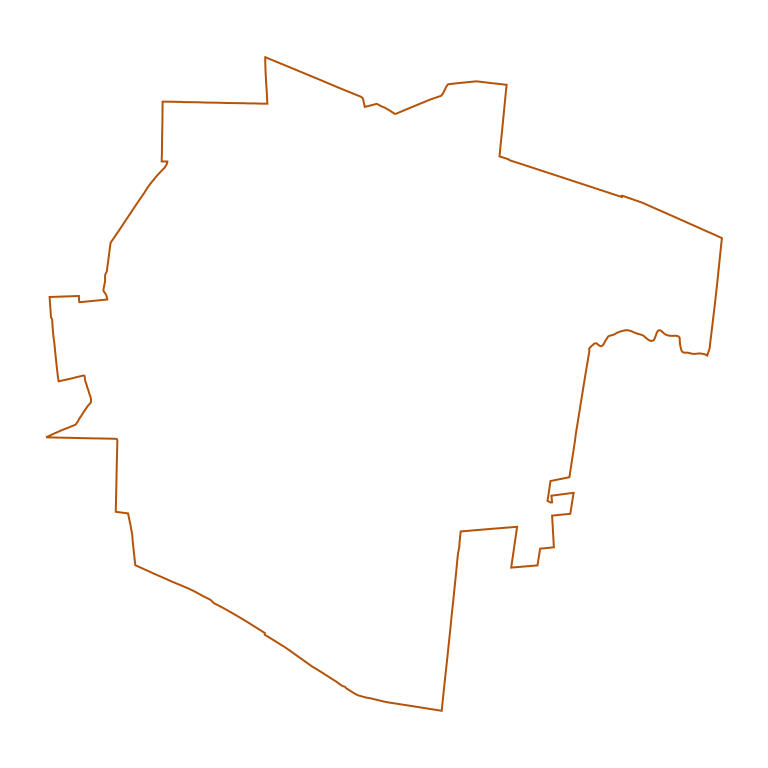 the district of Tataranu, Vrancea, Romania
{"feature_id": "2599482B94040911807777", "entity_name": "Tataranu", "entity_type": "district", "adm_level": 2, "iso_a3": "ROU", "parent_name": "Romania", "parent_adm1": "Vrancea", "projection": "orthographic", "projection_center": [27.309, 45.527], "detail": "fine", "context": "isolated", "style": "outline", "palette": "amber", "viewbox_px": 768, "rotation_deg": 0, "n_neighbors": 0, "source": "geoboundaries", "source_scale": "gbopen_adm2", "svg_char_len": 5929}
<svg xmlns="http://www.w3.org/2000/svg" viewBox="0 0 768 768"><path d="M443.5,693.4L445.2,676.9L446.0,670.1L447.6,655.1L448.3,648.3L450.5,627.4L451.6,616.0L453.3,600.1L456.1,572.8L457.4,559.3L458.1,552.5L458.5,551.4L458.9,548.5L459.3,547.0L459.3,545.8L459.5,543.0L460.1,536.8L460.7,531.5L462.6,531.3L492.0,528.8L517.1,526.8L511.2,567.6L537.5,565.4L540.1,548.7L553.9,547.3L552.1,515.6L570.3,513.8L573.6,492.8L551.4,495.7L552.1,502.4L550.7,502.5L547.5,500.9L548.1,497.2L550.4,481.6L550.5,481.0L569.4,477.2L574.8,441.9L575.8,434.0L578.6,416.8L583.1,388.8L585.2,375.9L589.1,352.7L589.4,350.9L589.1,348.7L591.5,346.0L592.9,344.9L593.9,343.9L595.1,343.3L596.2,343.3L596.8,343.5L597.4,344.0L597.9,344.6L598.6,345.1L599.4,345.6L600.2,346.1L601.1,346.1L601.7,346.0L602.7,345.3L603.3,344.6L603.9,343.7L604.7,342.2L605.1,341.2L606.2,339.4L607.0,338.5L607.7,337.1L608.3,336.4L609.4,335.9L610.9,335.4L613.0,334.9L614.3,334.4L616.0,333.4L616.7,332.9L618.0,332.4L620.6,331.4L623.2,330.7L625.6,330.3L627.0,330.2L628.1,330.3L629.2,330.6L630.2,330.8L631.6,331.3L634.9,332.8L637.2,333.6L639.0,334.1L640.9,334.6L642.2,335.1L643.3,335.7L644.5,336.5L646.2,338.1L647.2,339.0L648.2,339.6L649.4,340.3L650.1,340.7L651.3,340.9L652.7,340.7L653.5,340.4L654.4,339.1L655.2,337.1L656.0,335.0L656.9,332.5L657.9,330.9L658.6,330.4L659.7,330.2L660.4,330.5L661.2,330.9L661.9,331.5L663.5,332.9L664.5,333.9L665.0,334.2L666.2,334.8L667.3,335.2L669.1,335.7L670.7,335.8L671.6,335.8L672.5,335.8L673.5,335.8L674.4,335.8L675.0,335.7L676.4,335.8L677.5,336.1L678.3,336.4L678.8,336.7L679.2,337.2L679.6,337.9L679.7,338.5L679.9,343.2L680.2,345.1L680.6,347.3L681.4,350.3L681.8,351.0L682.2,351.6L682.7,352.1L683.4,352.5L683.9,352.6L684.5,352.7L685.7,352.7L687.5,352.7L689.1,352.9L690.1,353.2L691.3,353.6L692.2,353.8L693.3,353.9L694.1,353.9L695.8,353.9L696.8,353.7L698.4,353.5L699.5,353.4L700.5,353.5L701.9,353.7L703.6,354.0L704.6,354.2L705.2,354.5L706.0,354.8L706.5,355.1L707.1,355.6L707.6,354.5L709.8,347.7L709.8,346.5L712.6,323.1L715.0,303.1L717.3,282.3L717.9,276.6L719.8,258.0L721.9,238.1L716.9,235.8L705.8,230.9L669.7,214.8L666.1,213.2L665.7,213.0L654.9,208.3L652.6,207.3L642.6,202.8L622.7,195.9L621.8,195.8L621.8,197.0L601.1,190.2L580.4,183.4L520.3,163.7L509.4,160.2L508.6,159.3L499.5,156.4L500.9,142.1L501.1,140.2L502.0,131.5L506.0,90.6L506.4,87.3L506.6,84.8L503.7,84.5L497.2,83.7L490.9,83.1L487.3,82.6L481.3,81.9L480.2,81.7L476.6,81.4L475.1,81.4L473.7,81.6L467.4,82.2L461.4,82.8L451.2,83.9L448.5,84.2L447.8,84.5L447.2,85.3L446.3,86.7L445.6,88.1L445.1,89.2L443.6,92.2L441.9,95.0L441.1,95.7L440.4,96.1L438.7,96.6L430.4,99.5L419.6,103.9L414.3,106.1L406.1,109.5L395.6,113.9L395.2,113.9L394.8,113.9L389.0,110.1L384.6,107.6L381.3,106.3L380.2,105.7L377.3,104.1L376.6,103.9L367.6,106.2L364.8,106.9L363.6,101.5L363.2,99.6L362.8,98.4L362.1,97.6L361.4,97.1L360.8,96.7L342.8,89.4L330.1,84.1L317.3,78.7L300.4,71.7L268.9,58.7L265.3,57.2L265.2,59.8L265.5,70.2L265.8,76.5L266.3,85.0L266.8,92.2L267.0,96.4L267.2,100.9L267.3,103.2L267.4,103.7L262.8,103.7L257.2,103.5L253.4,103.4L247.5,103.4L246.0,103.3L243.6,103.2L240.3,103.2L233.5,103.1L228.4,103.0L226.6,103.0L225.7,103.0L225.4,103.0L224.5,102.9L217.0,102.7L214.0,102.7L210.1,102.6L205.6,102.6L204.6,102.5L198.7,102.3L186.9,102.1L184.2,102.1L183.4,102.1L180.9,101.9L169.5,101.7L162.6,101.7L162.4,122.2L162.1,138.7L161.9,153.5L161.7,159.9L161.7,161.4L161.9,161.4L166.1,161.5L167.4,161.5L167.4,161.8L167.1,162.9L166.9,163.8L165.1,166.9L164.1,168.3L163.6,168.7L160.4,172.0L157.3,175.3L154.6,178.6L153.5,180.0L151.4,182.4L148.8,185.9L147.4,187.8L146.4,189.5L145.2,191.3L144.3,192.9L142.9,194.8L139.8,199.3L136.8,203.7L131.7,211.4L126.6,219.0L124.2,222.6L120.4,228.4L118.2,231.7L113.3,238.8L111.2,241.8L110.5,243.2L109.6,250.2L108.8,256.4L107.3,267.4L107.0,270.6L106.4,272.4L105.9,273.2L105.3,274.5L105.1,275.7L105.1,276.8L105.0,278.1L105.1,279.3L105.1,280.2L105.0,281.7L104.8,282.7L104.5,284.0L104.3,285.4L104.0,286.6L103.8,287.8L103.6,288.8L103.5,289.4L103.5,290.2L103.5,290.8L103.9,291.5L105.0,293.1L105.7,294.2L106.3,295.2L106.7,296.8L107.1,298.3L107.3,299.5L82.8,301.9L79.4,302.2L79.1,300.7L78.9,296.0L49.6,297.0L51.0,317.4L52.1,319.1L52.6,327.0L53.4,336.5L54.4,343.7L55.4,353.8L56.6,365.4L57.7,375.2L58.6,381.3L67.4,379.4L70.5,378.7L78.4,376.7L83.5,375.5L84.0,375.6L84.6,376.0L84.8,377.7L84.9,378.7L84.9,379.3L84.9,379.7L85.1,380.1L85.2,380.7L85.5,381.7L86.4,384.2L87.5,388.1L87.9,388.9L88.5,390.7L88.8,392.0L89.4,393.9L90.0,395.4L90.3,396.4L90.6,397.4L90.9,398.5L91.0,399.4L91.0,400.2L91.0,400.9L90.9,402.1L90.5,403.0L89.1,404.5L87.3,406.5L86.7,407.6L85.0,410.0L84.1,411.4L83.1,412.9L80.9,416.4L79.9,417.8L78.7,419.7L78.1,421.0L77.2,422.3L76.7,423.1L75.7,424.5L75.1,425.0L73.7,425.4L71.8,426.2L67.2,428.1L64.5,429.1L63.4,429.5L62.0,430.1L60.1,430.9L57.1,432.3L54.9,433.2L46.1,437.3L57.6,437.6L64.0,437.7L84.9,438.2L90.2,438.3L112.3,438.7L116.4,438.9L116.8,439.1L117.0,439.3L117.2,439.7L117.3,440.1L117.3,441.2L117.3,442.9L116.7,467.9L116.2,493.1L115.8,509.5L115.8,511.8L128.1,513.4L128.1,514.1L128.3,514.7L130.4,524.6L132.3,535.4L132.7,541.4L135.3,565.2L154.5,573.9L170.8,581.1L171.2,581.3L189.2,588.8L189.6,589.1L193.5,590.9L196.1,592.3L199.8,594.3L203.0,596.1L206.3,597.7L210.6,599.9L211.2,600.5L213.9,603.2L216.3,604.4L219.3,605.9L224.7,608.8L238.0,616.4L244.9,620.5L254.9,626.8L264.8,633.0L264.7,634.7L276.7,642.1L282.1,645.5L283.6,646.3L291.5,651.8L297.8,656.3L312.5,666.8L313.7,667.4L315.8,668.6L318.4,670.3L320.3,671.5L322.3,672.7L323.9,673.7L325.2,674.6L327.3,675.9L331.4,678.6L333.5,679.9L335.5,681.1L337.3,682.4L338.8,683.5L340.0,684.3L341.3,685.2L342.3,685.9L342.9,686.2L343.7,686.4L344.5,686.6L344.9,686.8L345.4,687.2L345.7,687.7L346.2,688.2L346.8,688.7L347.9,689.3L349.4,690.3L350.6,691.0L352.9,692.5L353.7,693.1L356.1,694.3L357.8,695.2L358.3,695.4L361.8,696.4L366.3,697.6L367.0,697.7L368.6,698.0L370.6,698.3L383.2,701.4L388.2,702.4L417.7,707.0L441.7,710.8L443.5,693.4Z" fill="none" stroke="#b45309" stroke-width="2"/></svg>